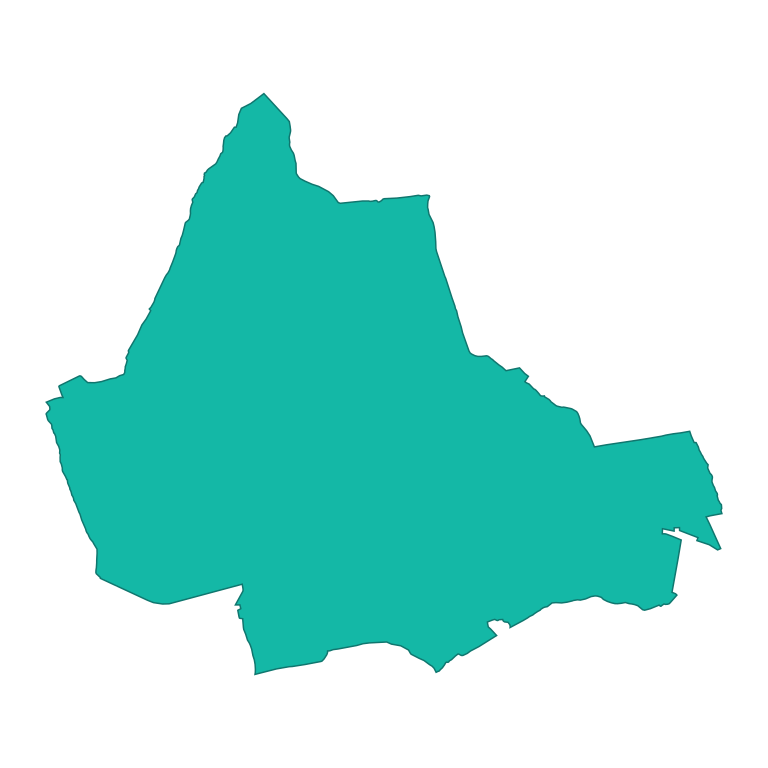 Laza, Vaslui, Romania (Albers equal-area conic projection)
{"feature_id": "2599482B98028982208936", "entity_name": "Laza", "entity_type": "district", "adm_level": 2, "iso_a3": "ROU", "parent_name": "Romania", "parent_adm1": "Vaslui", "projection": "albers", "projection_center": [27.592, 46.65], "detail": "fine", "context": "isolated", "style": "filled", "palette": "teal", "viewbox_px": 768, "rotation_deg": 0, "n_neighbors": 0, "source": "geoboundaries", "source_scale": "gbopen_adm2", "svg_char_len": 6056}
<svg xmlns="http://www.w3.org/2000/svg" viewBox="0 0 768 768"><path d="M255.0,674.4L276.5,668.9L289.1,666.7L292.3,666.5L305.1,664.5L320.9,661.5L322.0,661.1L324.1,658.9L326.8,654.7L327.5,652.7L327.6,651.0L329.8,650.8L333.2,649.6L337.9,649.0L356.7,645.5L363.0,643.7L369.4,642.9L386.7,642.0L391.4,644.1L400.8,645.8L408.5,650.0L410.4,653.3L411.1,654.2L419.3,658.4L424.0,660.5L429.5,664.6L432.1,666.2L434.1,668.3L436.1,672.3L438.0,671.4L438.9,671.2L439.6,670.6L440.3,669.7L442.4,667.8L444.6,664.7L445.5,663.0L446.3,662.2L447.9,662.3L448.6,662.0L449.5,660.8L451.5,659.7L455.4,656.0L458.0,654.0L458.8,654.1L461.2,655.4L462.0,655.5L463.0,655.4L467.3,653.4L470.5,651.0L478.9,646.6L496.6,635.5L490.6,629.0L488.3,627.0L487.7,624.2L487.4,622.0L492.8,619.9L494.8,619.4L496.8,620.4L497.8,620.5L499.1,619.7L502.7,619.5L502.8,620.0L503.4,621.1L504.6,621.9L508.0,622.3L509.7,624.5L510.2,626.0L510.1,627.5L523.2,620.5L527.6,617.9L529.7,616.4L532.9,614.9L534.6,613.5L537.8,611.4L540.1,610.2L541.1,609.1L543.0,607.9L544.5,607.2L547.4,606.6L552.1,602.9L556.0,602.6L561.7,602.9L566.9,602.2L572.3,600.9L573.3,600.5L575.7,600.1L577.5,599.8L580.3,600.1L585.6,598.9L591.0,596.6L595.1,595.9L597.4,596.1L600.1,596.9L601.4,597.4L603.4,599.4L607.3,601.4L611.4,602.8L614.8,603.6L617.4,603.7L621.2,603.3L625.4,602.5L629.0,603.6L632.0,604.0L634.7,604.6L637.8,605.7L642.6,609.7L644.6,610.2L650.3,608.7L659.1,605.1L660.4,606.2L661.2,606.1L661.8,605.5L664.0,604.0L665.4,604.4L667.7,604.2L669.2,603.7L670.3,602.6L676.9,595.1L675.6,593.8L672.0,592.3L678.2,557.9L681.2,540.0L672.8,536.5L666.3,534.1L664.9,533.8L662.3,533.8L662.5,528.7L674.1,531.1L674.2,527.8L679.5,527.6L679.6,530.5L698.0,537.6L696.9,540.6L709.2,544.7L717.6,549.9L720.7,548.6L709.8,524.5L706.1,516.9L710.1,515.8L721.9,513.6L721.0,510.6L721.1,509.8L721.7,508.5L721.4,504.7L721.2,504.4L720.1,503.4L719.0,501.2L718.3,500.3L717.1,495.6L717.5,495.0L717.2,493.4L715.5,490.8L714.5,487.5L713.4,485.6L712.0,482.0L712.0,480.0L712.4,477.9L712.4,476.8L711.9,475.5L711.4,474.7L710.0,473.3L707.9,468.6L707.7,467.8L708.1,464.7L706.8,463.3L704.4,459.6L703.3,457.7L702.9,456.5L701.4,454.3L700.3,451.9L699.8,451.3L699.7,450.8L699.3,450.4L698.3,446.9L696.1,442.6L694.1,442.5L691.2,435.8L689.7,431.3L680.6,432.9L673.3,433.8L665.9,435.1L661.5,436.2L640.8,439.7L606.5,444.8L594.4,446.9L590.0,435.9L586.6,430.7L581.4,424.5L580.5,423.0L579.8,418.8L579.0,416.2L577.9,413.5L576.6,411.6L572.3,409.1L571.0,408.6L564.8,407.3L563.4,407.1L561.9,407.3L557.3,406.2L556.1,405.7L551.0,401.8L550.3,400.8L548.9,399.4L544.7,396.9L544.4,395.9L542.8,396.1L541.0,395.9L540.2,395.3L538.9,393.6L536.1,390.4L534.6,389.2L533.9,389.1L529.2,384.1L526.4,382.8L524.9,381.7L528.4,376.3L524.7,373.5L519.5,367.9L506.0,370.7L502.2,367.2L499.0,365.0L493.9,360.9L492.4,359.4L491.6,359.1L488.8,356.7L487.8,356.1L486.6,355.8L481.5,356.4L477.8,356.4L474.9,355.7L471.5,354.0L470.1,352.9L469.0,351.0L462.6,332.9L461.2,327.0L457.9,316.7L456.6,310.8L455.4,308.6L454.9,306.1L452.0,297.9L445.7,278.3L444.8,276.4L436.5,251.4L435.9,248.5L435.7,241.8L435.0,232.2L434.1,226.7L433.1,222.6L429.0,214.4L428.1,209.3L427.6,207.6L427.7,204.0L428.0,200.9L429.6,196.6L429.3,195.7L426.8,195.1L421.1,195.9L418.3,195.3L410.2,196.6L396.8,198.1L384.3,198.7L383.0,199.1L381.4,200.7L379.2,202.0L378.1,202.0L376.6,200.6L375.4,200.5L372.4,201.2L370.0,201.4L368.8,201.0L362.8,201.0L340.2,203.3L338.2,202.5L333.3,195.7L328.6,191.7L318.7,186.4L312.2,184.3L305.1,181.2L300.1,178.6L298.5,177.0L296.4,173.7L296.2,172.5L296.0,163.4L295.2,160.8L294.1,155.2L293.4,153.2L291.3,149.9L289.6,146.1L289.5,144.0L289.8,142.2L289.2,138.2L289.2,137.1L290.5,131.7L290.6,130.1L290.1,126.1L289.3,121.5L287.0,118.7L263.9,93.6L250.8,103.5L241.4,108.3L238.8,114.5L237.6,122.9L236.1,127.2L234.4,127.2L230.5,132.9L227.2,135.8L226.6,136.0L226.0,135.9L224.6,137.6L223.8,140.4L223.5,143.5L223.1,146.4L223.2,147.8L223.1,149.8L222.8,151.7L222.4,152.4L220.7,153.8L219.9,156.1L218.4,158.8L216.9,162.1L215.7,163.9L209.0,168.6L207.5,170.0L206.0,172.3L204.5,173.1L204.2,174.7L204.6,175.6L204.0,176.7L204.1,178.1L203.2,182.4L202.4,182.5L201.5,183.2L199.2,186.9L198.3,189.3L197.6,190.2L197.0,192.7L195.6,193.9L194.4,196.8L192.4,199.0L192.2,199.8L192.8,202.3L191.5,205.3L190.6,208.5L190.4,210.9L190.5,213.5L190.2,215.5L189.3,219.2L188.3,220.3L185.7,222.4L185.3,223.0L183.4,231.1L182.3,235.2L180.9,238.5L179.5,244.9L178.9,245.7L177.8,246.6L176.9,248.4L176.3,250.3L176.0,252.4L175.6,253.9L172.6,262.1L170.2,267.9L169.5,270.1L167.9,273.0L166.5,274.7L164.8,277.6L154.9,298.5L154.8,299.7L154.0,302.0L151.0,307.2L149.3,309.0L150.7,310.6L150.2,311.7L146.1,319.1L141.9,324.9L137.6,334.8L128.4,350.5L128.4,351.3L128.8,352.1L128.3,353.4L126.1,357.5L126.1,358.3L127.2,360.3L126.3,363.8L125.2,367.0L125.3,367.9L124.8,370.5L124.8,372.1L124.4,373.2L123.6,374.5L119.6,375.7L115.9,377.9L110.2,378.9L101.5,381.6L94.7,382.7L87.7,382.6L84.2,379.5L81.5,376.5L80.7,376.0L79.5,375.9L59.3,385.8L58.9,386.4L59.0,386.9L61.9,395.0L63.0,397.5L60.1,397.5L54.3,398.9L46.3,402.2L49.6,406.4L49.9,408.6L49.8,409.8L46.6,413.1L46.1,414.0L46.4,414.7L47.7,419.6L48.4,420.8L51.4,424.1L51.8,425.4L52.0,428.4L53.0,429.9L53.8,433.0L54.2,433.2L54.8,434.2L55.7,436.4L56.6,442.6L58.7,446.4L59.6,449.2L59.8,450.5L59.6,453.1L60.3,454.7L60.1,457.3L60.2,461.7L61.3,464.0L62.3,467.9L62.3,470.0L62.6,471.4L65.6,476.7L66.9,479.7L67.4,479.9L67.6,482.3L67.9,483.5L69.7,487.7L69.9,489.2L71.0,491.5L71.9,495.2L72.7,496.4L73.5,498.3L73.8,500.3L75.7,503.5L79.0,512.3L80.0,514.2L81.7,519.9L85.6,528.9L86.2,531.1L86.9,532.6L88.2,534.4L88.7,535.8L89.9,538.3L90.7,539.5L93.0,542.2L93.6,543.5L97.0,549.1L97.1,553.1L96.7,560.6L96.7,562.9L96.4,567.6L96.0,570.2L95.9,572.5L96.3,573.7L100.5,577.7L100.4,578.4L147.6,600.3L153.4,602.6L162.6,604.0L169.2,603.8L242.2,584.2L242.9,588.0L243.1,589.8L242.9,591.2L235.4,604.9L239.9,604.9L240.8,608.7L237.8,610.3L239.0,616.7L239.4,618.0L239.8,618.3L242.7,618.7L243.4,627.3L243.7,629.3L245.7,634.2L247.5,640.1L249.2,642.8L250.2,644.9L251.7,649.2L252.9,655.4L254.3,659.8L255.1,664.4L255.4,669.3L255.3,672.5L255.0,674.4Z" fill="#14b8a6" stroke="#0f766e" stroke-width="1.5"/></svg>